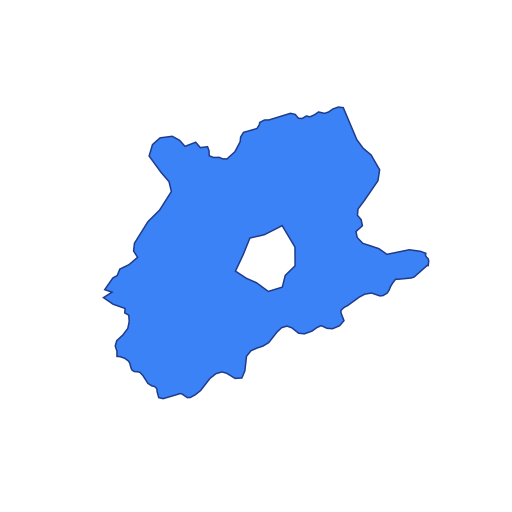 outline of Békés, rotated 34°
{"feature_id": "HUN-3171", "entity_name": "Békés", "entity_type": "County", "adm_level": 1, "iso_a3": "HUN", "parent_name": "Hungary", "parent_adm1": "", "projection": "mercator", "projection_center": [21.079, 46.734], "detail": "fine", "context": "isolated", "style": "filled", "palette": "blue", "viewbox_px": 512, "rotation_deg": 34, "n_neighbors": 0, "source": "natural_earth", "source_scale": "10m", "svg_char_len": 2266}
<svg xmlns="http://www.w3.org/2000/svg" viewBox="0 0 512 512"><g transform="rotate(34 256 256)"><path d="M346.0,282.6L344.4,287.0L339.6,293.5L334.5,296.2L325.9,295.5L320.9,296.8L317.3,301.1L315.9,307.6L315.0,320.6L312.1,326.9L308.1,332.0L304.8,337.4L304.2,344.4L311.0,357.5L312.5,365.0L307.1,369.2L297.2,369.6L292.6,371.2L288.6,375.9L286.3,383.2L285.3,398.4L283.3,404.9L280.6,410.1L278.3,411.8L271.5,411.8L270.0,412.6L258.8,426.2L254.6,427.8L250.0,423.9L248.4,421.9L246.5,421.0L244.5,421.0L242.4,421.9L237.7,422.1L229.0,418.3L224.8,417.4L223.2,417.9L219.8,419.8L217.4,420.0L215.5,419.1L211.3,415.5L209.1,414.4L204.4,414.2L199.5,415.5L196.9,417.0L196.8,416.9L194.0,412.7L189.6,409.3L187.9,404.0L189.8,395.8L190.2,387.7L187.5,381.2L183.6,376.2L179.0,376.6L176.8,372.7L164.5,375.9L152.8,375.8L156.9,366.5L149.4,368.5L149.6,354.2L151.9,349.8L150.4,343.0L155.5,334.3L158.6,323.3L151.7,320.3L148.1,313.4L147.2,288.0L150.4,271.8L149.8,249.9L142.3,243.0L130.6,239.8L111.5,232.9L107.9,221.6L110.4,211.7L119.6,203.6L127.9,202.8L135.8,204.8L142.4,195.4L149.2,197.3L154.7,192.5L158.2,195.0L161.2,199.1L165.8,198.0L170.3,194.8L174.1,194.1L177.7,191.7L180.2,181.4L179.0,170.2L176.7,165.9L176.5,160.5L185.5,149.8L185.3,145.2L184.4,143.2L186.9,138.6L190.7,135.9L204.8,118.4L209.4,116.7L214.2,118.1L217.4,116.1L219.5,111.7L222.9,110.5L225.5,106.2L227.3,101.6L233.1,99.4L235.7,95.9L237.5,91.2L240.9,86.5L245.4,84.2L274.4,103.1L284.4,106.7L295.0,107.9L310.3,115.4L315.0,125.4L314.8,150.3L314.3,160.0L317.3,165.5L322.9,167.1L327.3,171.4L325.2,179.8L329.6,184.1L337.4,185.8L353.7,181.2L363.6,181.4L379.6,165.1L389.6,160.2L395.3,158.8L396.0,160.6L398.0,161.6L400.2,162.0L401.9,163.4L404.0,167.4L404.1,167.8L403.2,168.1L398.8,185.1L396.8,187.6L386.1,196.4L385.0,196.8L384.7,197.7L384.4,201.7L384.6,205.9L385.4,209.6L385.5,213.3L383.5,217.7L381.1,219.8L372.5,222.1L367.6,226.7L364.6,232.3L359.6,246.1L358.6,247.7L357.8,249.5L357.2,251.5L357.0,253.6L357.5,254.6L358.1,255.4L358.8,256.0L365.1,260.4L364.3,267.1L360.1,273.5L355.4,276.2L349.0,277.3L346.5,281.3L346.0,282.6ZM286.0,278.5L295.2,267.1L291.1,255.7L293.9,242.3L283.3,226.8L260.7,216.2L251.0,233.7L240.9,244.5L244.6,261.9L247.4,280.0L260.3,279.9L271.3,277.9L286.0,278.5Z" fill="#3b82f6" stroke="#1e3a8a" stroke-width="1.5"/></g></svg>